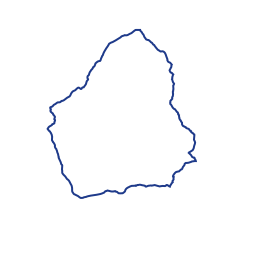 Negreni, Cluj, Romania (Mercator projection), rotated 218°
{"feature_id": "2599482B47059022989916", "entity_name": "Negreni", "entity_type": "district", "adm_level": 2, "iso_a3": "ROU", "parent_name": "Romania", "parent_adm1": "Cluj", "projection": "mercator", "projection_center": [22.749, 46.959], "detail": "fine", "context": "isolated", "style": "outline", "palette": "blue", "viewbox_px": 256, "rotation_deg": 218, "n_neighbors": 0, "source": "geoboundaries", "source_scale": "gbopen_adm2", "svg_char_len": 5798}
<svg xmlns="http://www.w3.org/2000/svg" viewBox="0 0 256 256"><g transform="rotate(218 128 128)"><path d="M178.1,213.3L182.4,209.9L182.8,208.8L183.7,204.9L184.4,203.6L184.7,203.0L185.4,201.3L185.6,200.9L186.4,200.0L186.9,199.6L187.7,199.2L188.1,198.4L189.0,197.1L189.4,196.4L189.6,195.8L189.6,195.3L189.7,194.8L191.7,189.4L193.1,186.1L193.4,185.7L193.9,184.9L194.7,182.9L194.7,182.4L194.5,181.5L194.3,179.8L194.2,177.5L193.7,173.5L193.3,171.7L192.6,169.6L192.7,168.9L192.6,168.4L192.5,168.1L192.3,167.7L192.1,166.5L191.3,164.3L191.3,163.9L191.3,163.7L191.5,163.5L191.7,163.3L192.7,161.9L193.0,161.1L193.0,160.7L193.2,160.2L193.2,159.7L193.4,159.2L193.3,158.5L192.8,157.5L192.8,156.9L192.5,156.1L192.5,155.6L192.9,154.5L192.8,154.0L192.6,153.5L192.6,152.9L192.5,152.6L192.7,150.7L192.6,150.2L192.5,149.7L192.5,148.6L192.4,148.2L192.0,146.9L191.5,145.9L191.5,145.5L191.6,144.8L191.7,144.2L191.6,143.8L191.4,143.3L191.2,143.0L190.7,142.4L190.1,142.1L189.5,141.9L189.3,141.5L189.3,139.4L188.3,137.0L188.1,136.3L188.0,132.7L188.5,132.3L188.8,131.9L188.9,131.4L188.8,130.5L188.8,130.2L189.0,129.9L189.3,129.7L191.1,129.6L191.6,129.5L191.9,129.3L192.2,128.9L192.6,127.4L192.8,125.4L193.9,123.2L194.1,122.4L194.1,121.8L194.1,120.8L194.0,119.9L193.6,118.5L193.5,117.6L193.5,116.9L194.6,114.4L195.6,110.5L196.3,109.1L196.8,108.7L197.1,108.2L197.1,107.9L197.2,107.2L197.4,106.6L197.6,106.3L198.0,105.9L198.9,105.1L199.2,104.8L199.4,104.4L200.0,102.2L200.7,100.6L200.8,98.6L201.0,98.1L201.5,97.3L201.8,96.7L201.7,96.6L201.8,96.1L201.6,95.9L201.4,95.7L201.0,95.7L200.8,95.4L200.0,94.9L200.1,94.4L199.9,94.2L199.8,93.9L199.5,93.6L198.8,93.2L198.4,93.3L197.3,93.1L196.3,93.2L195.8,93.0L195.2,92.5L194.1,92.4L193.0,92.0L192.7,91.7L192.5,91.8L192.3,91.6L192.3,91.3L191.9,90.7L191.7,89.9L191.4,89.5L191.1,89.4L190.5,89.4L190.2,89.1L190.0,88.7L189.6,87.3L189.2,86.8L189.0,86.4L189.2,85.5L189.9,84.5L190.0,84.1L189.8,83.4L189.9,83.1L190.8,80.9L191.0,79.9L190.9,78.5L190.9,78.1L190.8,77.8L188.7,77.2L187.3,77.2L186.2,76.7L185.6,76.6L185.0,76.2L184.2,75.9L182.4,74.4L181.0,72.4L180.4,71.6L179.2,71.1L178.7,71.0L178.4,70.7L177.5,70.6L176.7,70.3L175.5,69.8L174.8,69.3L174.4,68.6L174.1,68.3L173.4,67.8L173.0,67.6L171.8,67.3L171.4,67.2L171.1,66.9L170.1,66.4L168.6,65.2L167.1,64.4L165.4,62.9L164.8,62.6L164.6,62.4L164.6,62.2L164.4,61.9L160.1,59.7L158.3,58.4L158.0,58.3L157.3,58.3L156.9,58.1L156.6,57.8L154.5,54.7L153.5,53.8L152.5,52.5L152.1,52.1L151.3,51.8L150.1,51.5L147.6,51.2L144.8,50.3L143.1,50.3L141.7,50.0L138.7,48.6L137.7,48.2L137.0,47.9L136.0,47.1L135.1,46.3L133.5,44.3L132.7,43.5L130.3,42.7L129.5,42.7L128.6,43.0L127.8,43.1L125.5,43.6L123.6,43.6L122.5,43.7L122.2,43.8L120.6,45.1L120.1,46.2L118.4,48.2L118.2,48.7L117.3,49.9L115.6,51.9L111.6,56.1L109.2,58.9L108.3,60.2L107.1,62.3L106.9,64.3L106.3,64.9L105.9,65.6L105.8,66.0L104.4,66.7L102.1,67.7L100.6,68.8L100.2,69.3L99.6,70.0L99.1,70.4L98.8,70.2L98.0,70.6L97.3,70.9L95.3,70.8L93.9,71.7L92.4,73.0L92.0,73.4L91.7,74.4L91.4,75.7L91.4,76.1L91.6,76.9L91.9,77.6L92.0,78.4L91.9,79.6L91.4,81.1L91.1,81.6L90.4,83.2L90.1,83.6L89.6,84.5L89.3,84.8L87.1,86.7L86.8,87.2L86.4,87.1L86.0,87.5L85.8,88.0L85.7,88.6L85.4,89.0L84.9,89.3L84.0,90.4L83.1,91.0L81.9,91.5L79.4,92.8L79.0,92.9L78.3,92.7L77.7,92.9L76.4,95.0L74.5,96.9L73.9,97.1L71.8,99.5L69.3,100.5L67.0,101.5L66.4,102.3L65.0,103.7L63.1,105.0L62.7,105.7L62.6,106.7L61.9,107.2L61.6,107.3L59.7,107.4L58.9,107.6L59.1,108.1L59.4,109.5L59.3,110.0L59.6,111.2L59.5,111.5L59.4,112.9L60.0,113.2L60.3,113.7L60.3,114.8L60.5,115.7L61.5,116.7L61.6,117.2L61.9,117.6L62.2,117.4L62.5,117.4L62.8,117.6L63.1,118.3L63.2,118.9L63.3,119.7L63.3,121.1L63.2,122.2L62.9,123.1L61.7,124.6L61.1,125.2L60.7,127.8L60.2,128.6L60.2,129.4L60.6,130.5L60.7,131.1L60.7,131.8L60.7,132.7L60.7,133.3L60.8,133.7L61.3,134.8L60.9,136.1L60.2,136.6L59.0,137.8L58.3,138.8L57.2,140.5L57.1,140.9L54.9,143.2L54.2,143.7L54.8,144.2L55.6,144.5L55.9,144.7L57.1,145.0L57.3,145.4L57.7,145.4L57.9,145.2L58.7,144.9L59.6,144.7L61.7,145.5L64.8,145.8L64.8,146.6L64.6,146.8L63.4,150.3L63.5,150.9L63.5,151.3L63.9,152.8L64.5,153.9L65.2,155.6L65.4,156.3L66.1,157.8L67.2,158.6L68.8,159.4L71.4,163.4L71.8,163.7L72.3,163.5L73.4,163.9L74.3,163.7L75.1,163.7L75.8,164.0L76.0,163.9L76.3,164.3L76.9,164.4L77.3,164.1L77.8,164.1L78.3,164.3L79.0,164.6L79.7,164.6L81.8,163.9L82.5,163.9L83.0,164.2L83.3,164.1L83.5,164.0L83.8,164.0L84.4,163.7L85.2,163.8L85.9,163.5L86.5,163.6L87.9,164.3L88.3,165.0L88.8,165.5L89.2,165.5L90.4,165.9L91.1,166.4L92.2,166.5L92.8,166.9L93.2,167.0L93.6,167.3L94.0,167.9L94.5,168.1L94.7,168.4L95.6,169.2L95.7,169.5L96.8,169.6L97.1,169.9L97.2,170.2L97.7,170.4L98.0,170.7L98.5,170.9L99.3,170.8L102.5,171.7L103.4,171.4L105.3,171.6L108.4,172.9L109.3,172.9L110.3,173.8L110.4,174.3L111.0,175.0L111.3,175.5L111.2,176.0L111.3,176.4L111.1,176.9L111.2,177.3L111.1,178.2L112.1,179.4L112.3,180.7L113.5,182.7L114.0,183.0L114.2,183.4L114.9,184.0L115.2,185.1L115.6,185.4L116.2,186.7L116.7,187.2L118.5,189.3L118.6,190.4L119.0,191.3L120.5,191.7L121.5,192.3L123.0,193.4L123.4,193.5L123.7,194.5L124.2,195.0L124.3,195.3L124.5,195.5L124.6,195.9L124.8,196.4L125.0,197.0L125.4,197.5L125.4,198.1L126.0,198.1L127.0,198.4L128.2,198.1L128.7,198.2L128.8,198.1L129.3,198.2L130.7,199.0L130.9,199.6L131.1,201.0L131.3,201.6L131.3,202.3L131.7,203.2L132.3,204.0L132.5,204.9L135.0,205.4L136.6,205.0L137.4,205.0L138.6,205.6L138.9,205.8L139.2,206.4L141.7,207.9L143.5,209.1L144.7,209.7L145.5,210.0L146.6,210.1L147.2,210.0L147.6,209.9L148.3,209.5L149.2,208.5L149.6,208.3L151.3,208.2L152.7,208.0L155.1,208.5L157.8,209.2L158.4,209.5L159.5,209.3L161.6,209.9L162.8,209.7L163.5,209.9L165.9,210.0L166.5,209.6L167.5,209.2L168.1,209.0L168.8,209.1L169.3,209.4L170.5,209.6L171.2,209.9L173.5,211.2L174.2,211.2L174.9,211.4L175.9,211.9L178.4,212.3L178.8,212.5L178.1,213.3Z" fill="none" stroke="#1e3a8a" stroke-width="2"/></g></svg>